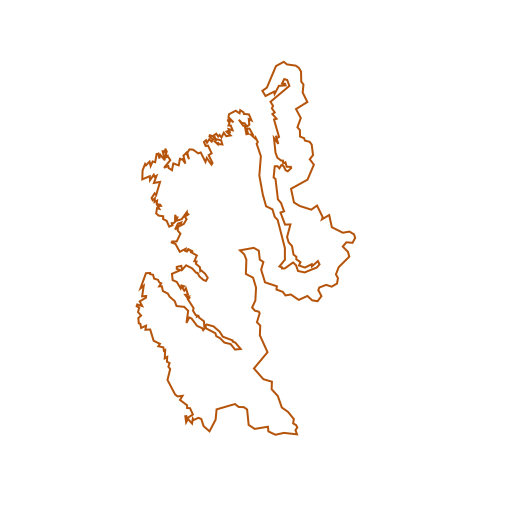 Lødingen nor, Nordland, Norway, rotated 129°
{"feature_id": "86288312B56909660985265", "entity_name": "Lødingen nor", "entity_type": "district", "adm_level": 2, "iso_a3": "NOR", "parent_name": "Norway", "parent_adm1": "Nordland", "projection": "orthographic", "projection_center": [15.635, 68.46], "detail": "fine", "context": "isolated", "style": "outline", "palette": "amber", "viewbox_px": 512, "rotation_deg": 129, "n_neighbors": 0, "source": "geoboundaries", "source_scale": "gbopen_adm2", "svg_char_len": 6144}
<svg xmlns="http://www.w3.org/2000/svg" viewBox="0 0 512 512"><g transform="rotate(129 256 256)"><path d="M123.6,355.0L125.7,349.3L116.9,345.4L118.4,343.5L109.4,345.3L104.8,340.4L103.9,341.9L105.5,344.3L100.8,345.4L99.6,342.5L102.8,337.1L127.0,341.8L128.6,337.3L131.3,336.5L132.6,331.8L135.4,332.6L136.4,326.4L138.6,327.9L149.0,313.0L151.0,313.9L150.1,316.3L154.8,309.2L153.0,316.3L163.5,305.8L166.2,301.2L166.0,296.4L164.9,295.1L167.0,293.1L164.7,292.1L167.3,288.3L164.8,285.0L165.5,284.0L170.2,284.6L170.7,287.0L168.8,291.1L169.3,293.5L173.2,293.0L172.7,295.8L174.5,297.9L183.9,291.7L183.8,289.4L198.2,274.6L199.0,270.0L203.6,262.3L206.8,264.3L213.3,253.2L209.8,249.1L221.7,243.8L224.8,239.3L225.6,234.3L231.3,227.7L231.2,224.2L233.2,222.6L232.8,217.6L236.3,216.6L234.2,210.7L227.3,207.5L228.9,206.0L221.0,204.7L222.5,201.4L226.7,201.5L238.2,207.9L241.2,213.9L238.0,219.1L237.7,223.1L247.7,225.9L249.4,228.0L248.5,228.7L249.4,231.2L240.7,231.2L231.7,238.5L214.3,261.9L213.8,266.1L209.4,272.6L211.0,279.5L203.8,289.6L191.3,304.1L175.4,315.0L168.4,326.1L166.3,326.3L164.2,330.9L165.2,330.6L164.9,336.5L163.7,334.8L161.1,341.2L162.9,343.3L166.1,339.0L167.4,340.1L162.2,346.3L162.8,348.2L160.9,355.1L161.5,350.6L160.0,348.4L161.0,344.5L158.2,343.8L154.2,347.7L153.5,344.8L150.4,350.6L153.2,354.8L152.2,356.0L152.6,360.0L155.4,358.6L155.9,363.2L162.8,366.2L165.4,364.8L166.3,357.5L166.3,361.9L167.3,363.2L168.3,360.3L168.4,363.7L169.1,360.4L171.9,359.5L170.5,357.7L173.0,353.3L174.6,357.1L176.8,353.2L175.7,356.1L177.9,357.2L178.3,351.6L181.6,354.5L180.5,358.6L185.6,357.4L184.9,360.5L186.9,360.6L186.0,363.9L188.8,364.6L190.5,360.9L188.0,356.0L190.5,352.3L192.6,355.6L191.5,357.3L193.2,356.1L192.9,360.2L191.2,359.9L190.0,364.7L191.2,367.9L192.4,367.4L192.6,362.6L195.0,362.4L194.7,365.8L198.8,365.4L197.5,367.7L200.2,368.2L202.2,364.3L200.4,362.7L204.1,355.1L207.4,356.3L211.1,348.3L213.0,348.1L210.8,356.0L214.7,354.5L210.3,364.1L212.6,365.5L213.0,371.9L215.0,374.8L219.1,374.3L222.9,369.0L219.5,375.1L223.7,375.5L228.6,369.1L227.0,374.2L229.3,375.8L227.4,376.8L234.2,373.1L236.1,378.5L242.2,375.3L242.6,379.2L241.3,380.8L245.3,383.0L235.4,382.9L234.1,387.0L235.6,387.8L233.9,388.2L235.3,389.4L231.0,391.1L229.7,394.1L232.8,391.4L232.4,393.5L233.3,394.5L239.0,387.0L237.6,394.0L241.1,392.5L237.9,396.3L239.2,396.8L238.5,397.8L246.6,393.4L247.6,395.8L252.4,394.5L249.7,398.1L254.8,398.6L254.3,400.1L260.9,398.0L268.0,392.6L260.8,388.8L263.8,386.1L257.2,386.6L258.3,384.7L256.2,383.8L263.5,381.3L258.8,377.2L271.6,371.9L271.1,374.2L276.7,373.6L277.7,371.4L274.8,370.9L277.9,368.8L275.2,367.7L278.2,365.8L276.4,362.8L276.9,361.4L279.1,363.7L280.2,360.8L281.2,363.0L285.7,360.4L285.9,357.1L283.5,353.1L285.7,351.5L284.9,347.6L287.8,341.9L284.7,340.3L283.1,343.0L283.8,341.1L280.4,340.4L274.9,344.7L276.2,342.4L275.5,341.3L279.1,340.3L274.1,336.9L265.3,337.4L267.5,335.2L265.2,334.4L270.2,336.1L271.1,333.1L276.5,332.3L280.6,334.1L277.0,335.2L280.0,337.1L286.4,335.5L282.5,335.1L285.5,332.8L286.2,328.8L294.6,326.8L297.5,330.3L298.6,330.0L297.3,326.2L300.7,317.9L294.7,315.2L296.6,314.2L296.0,312.5L292.5,313.2L294.0,312.1L292.7,310.5L293.7,309.3L291.6,308.6L293.8,308.2L292.8,302.3L298.9,300.6L297.7,298.7L299.9,297.8L300.0,292.6L302.7,289.9L301.7,289.8L301.8,284.4L303.3,279.8L306.9,279.2L307.7,281.8L307.5,287.2L305.9,290.8L306.7,291.8L305.8,297.9L307.2,304.4L313.2,304.7L310.7,307.9L314.3,310.7L315.9,309.5L314.6,305.8L322.7,310.1L327.2,305.6L326.0,301.3L328.6,294.2L325.8,295.4L324.8,292.8L327.1,293.3L328.1,289.9L325.2,290.1L328.8,284.6L330.7,286.6L331.3,283.9L330.2,282.9L332.5,283.0L329.4,281.3L332.5,281.7L335.8,271.7L338.1,270.6L339.9,265.6L339.1,263.9L340.1,263.6L338.8,262.9L339.7,261.4L339.5,255.4L343.2,251.9L340.3,251.3L337.4,244.7L337.7,236.6L339.6,231.0L336.3,221.0L337.2,220.2L336.3,217.6L337.9,209.4L341.9,213.4L340.4,220.3L343.2,226.1L342.5,232.2L343.3,236.4L341.6,239.0L343.7,249.5L342.8,250.4L346.9,250.4L346.0,252.5L347.4,257.8L345.1,266.8L345.8,269.2L351.8,267.9L341.3,274.2L340.7,279.8L344.9,286.2L342.2,290.8L342.0,297.5L340.7,300.8L341.8,306.3L338.8,310.2L340.5,312.1L336.9,312.5L337.4,314.5L336.2,317.2L337.7,320.9L335.4,324.2L336.7,326.8L335.8,327.6L338.6,330.7L353.9,325.4L349.7,324.6L359.0,319.1L356.2,316.2L357.6,315.3L364.5,317.8L366.5,313.0L368.4,317.8L370.2,317.1L369.6,314.3L373.8,312.4L374.6,307.8L378.3,308.4L382.1,304.7L381.5,303.2L384.2,300.0L379.4,297.6L382.9,295.5L379.7,292.0L386.3,282.2L384.7,275.4L387.6,275.1L385.3,270.5L387.6,267.9L386.2,267.4L393.0,262.5L390.3,261.5L394.2,258.7L393.6,255.8L397.2,254.4L397.8,251.6L408.0,246.8L414.5,231.8L414.5,228.6L410.9,225.1L415.7,224.5L415.4,215.6L417.5,213.9L415.8,211.5L418.9,205.3L426.1,207.7L424.3,209.4L425.0,210.1L429.2,205.6L425.5,206.3L426.4,200.3L422.1,202.8L422.6,201.2L418.0,198.9L417.1,196.0L421.2,189.6L421.5,181.8L408.6,184.4L400.0,190.1L384.3,179.2L384.2,174.4L381.1,170.3L380.9,166.3L391.9,155.4L391.2,148.2L381.2,139.3L384.5,136.0L382.7,128.4L375.9,123.0L368.8,111.9L366.5,115.7L363.3,116.0L362.2,118.3L362.7,121.8L358.9,124.0L357.0,133.1L357.5,140.6L351.1,150.9L349.7,160.0L343.7,164.5L347.1,172.8L344.7,186.8L323.5,186.5L315.2,203.1L307.4,208.9L306.9,213.6L298.2,217.1L297.5,218.8L299.2,222.4L298.5,226.6L291.0,228.5L280.6,236.0L274.7,244.6L276.3,252.6L264.9,261.2L262.1,266.2L261.7,272.0L251.1,262.9L250.1,257.2L256.4,250.8L256.0,246.5L263.4,243.4L270.8,232.4L266.4,220.7L269.2,219.0L267.0,212.6L268.1,208.3L264.0,204.7L263.2,195.1L254.7,190.9L255.1,184.4L252.4,179.7L246.0,179.9L243.3,186.1L240.7,187.0L234.3,183.3L232.2,177.9L226.4,175.7L221.6,178.4L220.0,182.3L212.6,184.7L197.8,183.1L194.9,187.2L194.1,194.5L188.5,194.4L185.0,189.3L179.6,190.3L177.5,193.4L178.2,198.7L183.3,203.2L185.9,215.2L178.1,224.9L186.0,227.8L183.9,228.5L178.4,240.3L185.2,242.2L189.6,253.5L190.5,260.2L181.7,271.1L164.3,264.0L148.6,268.5L147.0,275.1L141.7,275.2L134.4,282.8L133.5,286.1L135.5,290.6L134.2,292.8L135.5,297.0L130.5,301.1L129.9,304.8L120.6,308.0L116.6,317.4L104.0,313.0L99.6,322.6L92.9,327.0L92.0,330.6L84.4,337.0L82.8,341.1L83.1,345.0L87.6,352.5L87.6,356.6L95.8,360.0L118.3,353.5L123.6,355.0Z" fill="none" stroke="#b45309" stroke-width="2"/></g></svg>